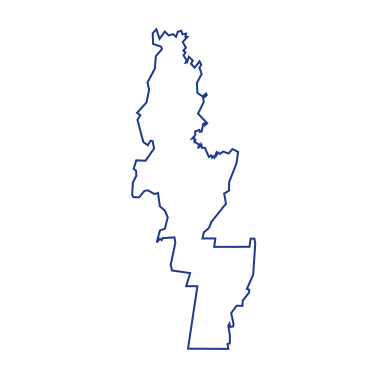 Kurmenes pag., Vecumnieku, Latvia (Robinson projection), rotated 107°
{"feature_id": "27541924B36001401326835", "entity_name": "Kurmenes pag.", "entity_type": "district", "adm_level": 2, "iso_a3": "LVA", "parent_name": "Latvia", "parent_adm1": "Vecumnieku", "projection": "robinson", "projection_center": [24.833, 56.463], "detail": "medium", "context": "isolated", "style": "outline", "palette": "blue", "viewbox_px": 384, "rotation_deg": 107, "n_neighbors": 0, "source": "geoboundaries", "source_scale": "gbopen_adm2", "svg_char_len": 1926}
<svg xmlns="http://www.w3.org/2000/svg" viewBox="0 0 384 384"><g transform="rotate(107 192 192)"><path d="M343.0,150.0L331.4,111.4L327.0,113.7L325.7,111.6L318.1,113.8L309.3,118.2L307.0,117.7L309.9,116.2L308.6,113.4L306.2,113.6L296.4,119.1L287.7,116.1L286.1,110.4L281.1,111.8L271.5,108.0L268.7,108.7L268.7,111.2L253.3,109.3L222.9,116.4L218.4,118.7L219.4,122.3L227.6,121.0L238.0,154.7L229.6,156.1L233.4,168.4L227.1,168.9L221.5,165.3L214.9,164.7L193.2,156.1L184.1,160.8L179.9,157.0L171.6,159.4L151.9,157.8L140.2,159.6L139.1,165.9L144.4,168.2L144.3,174.2L147.5,176.4L146.5,178.6L149.6,179.3L147.9,180.2L152.7,180.6L151.7,182.2L153.3,182.9L151.5,184.5L153.5,186.2L145.9,192.6L146.9,195.6L144.1,196.7L146.6,198.2L144.8,198.5L146.2,199.1L144.5,199.4L143.4,203.9L140.0,204.1L142.4,204.6L139.7,205.8L140.7,207.4L136.9,205.6L133.1,206.7L130.5,203.1L132.2,202.1L131.4,200.4L123.7,201.2L122.0,199.2L124.0,198.9L121.8,197.6L115.3,209.1L102.5,207.1L98.8,208.7L95.1,206.2L93.7,207.3L97.5,210.0L95.6,215.8L86.3,219.2L76.2,217.3L71.0,221.2L67.6,220.4L64.8,223.0L72.4,225.8L69.7,230.4L66.1,229.6L63.6,234.5L69.7,234.7L70.2,236.0L67.8,235.5L63.9,240.0L60.3,239.1L59.3,241.6L55.8,240.1L51.2,244.7L45.0,241.7L45.3,243.8L42.3,244.0L43.9,247.2L41.0,249.5L43.0,252.4L48.1,252.7L46.6,256.4L49.1,260.0L46.5,264.9L55.0,267.8L46.8,273.7L51.7,276.0L61.8,272.5L62.0,264.1L64.3,262.5L72.6,266.3L84.9,263.6L100.4,266.6L106.8,262.9L119.7,261.7L132.4,267.7L133.6,263.9L139.0,265.2L158.4,253.2L160.2,248.0L155.1,246.6L154.9,244.5L161.5,241.0L175.7,245.6L178.0,254.5L186.8,254.6L188.0,251.7L192.7,250.0L200.3,251.3L212.3,248.4L214.1,246.5L212.6,241.1L204.9,237.8L203.3,234.7L204.9,227.2L202.9,224.2L215.0,218.6L217.9,212.4L223.3,207.8L235.0,207.2L238.2,211.4L250.5,211.0L246.1,209.0L246.9,207.0L244.7,206.6L240.5,195.5L245.3,193.1L267.8,191.1L272.9,188.2L270.1,170.1L283.8,170.0L280.5,159.3L343.0,150.0Z" fill="none" stroke="#1e3a8a" stroke-width="2"/></g></svg>